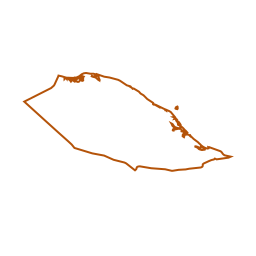 an SVG outline of Suðurland, rotated 204°
{"feature_id": "ISL-705", "entity_name": "Suðurland", "entity_type": "Region", "adm_level": 1, "iso_a3": "ISL", "parent_name": "Iceland", "parent_adm1": "", "projection": "natural_earth1", "projection_center": [-19.582, 64.139], "detail": "fine", "context": "isolated", "style": "outline", "palette": "amber", "viewbox_px": 256, "rotation_deg": 204, "n_neighbors": 0, "source": "natural_earth", "source_scale": "10m", "svg_char_len": 4358}
<svg xmlns="http://www.w3.org/2000/svg" viewBox="0 0 256 256"><g transform="rotate(204 128 128)"><path d="M212.8,147.6L209.4,148.3L205.5,148.8L206.0,148.4L206.2,148.0L206.2,147.4L205.9,146.8L205.6,147.6L205.2,148.1L204.6,148.3L203.9,147.9L204.0,148.2L204.0,148.4L204.1,148.5L204.3,148.7L204.3,149.1L198.8,151.3L199.2,150.1L200.3,149.4L201.6,149.1L202.8,149.1L202.8,148.7L200.0,147.8L199.0,147.2L198.8,147.9L198.9,148.2L199.1,148.7L198.0,149.1L197.0,149.0L195.9,148.7L194.8,148.7L195.6,149.1L195.6,149.4L194.6,149.4L194.1,149.5L193.7,149.8L193.0,149.6L192.2,149.9L191.6,150.5L191.4,151.1L191.1,152.0L190.6,152.7L189.8,152.9L189.1,152.4L188.5,152.8L188.3,153.3L188.5,153.7L189.2,153.9L189.8,153.7L190.6,153.2L191.2,153.1L194.5,153.3L195.7,153.1L193.9,155.1L192.8,155.7L191.7,155.3L191.8,155.2L192.0,155.0L190.3,155.0L190.3,155.5L189.1,155.4L188.5,155.7L189.0,155.7L189.4,155.9L189.6,156.2L189.4,156.9L192.5,156.7L193.1,156.4L192.1,158.3L190.6,160.0L188.7,161.2L184.4,162.3L181.7,163.5L179.1,163.9L177.7,162.8L178.2,162.4L179.4,162.1L179.8,161.8L180.4,161.2L180.9,161.0L182.2,160.9L182.2,160.5L181.1,160.5L178.8,160.9L177.7,160.9L174.8,159.9L173.9,159.8L174.2,160.2L173.9,160.3L173.6,160.5L174.0,160.9L174.9,161.8L175.2,162.0L175.6,162.3L175.8,163.1L176.0,163.9L176.1,164.2L177.9,164.3L178.9,164.3L179.6,164.4L170.6,165.2L165.4,166.6L156.6,168.0L154.4,167.9L146.4,166.5L143.0,167.0L141.7,166.8L142.2,166.8L142.4,166.7L142.6,166.5L141.1,166.3L140.4,166.1L139.7,165.7L138.9,166.4L133.2,165.7L132.7,165.6L130.5,164.6L127.1,164.2L122.2,162.3L115.4,161.2L114.1,160.5L114.7,160.5L115.0,160.3L114.9,160.0L114.4,159.8L113.9,159.8L113.2,160.1L112.7,160.2L108.6,159.8L108.8,160.0L113.0,160.5L101.9,160.1L101.2,159.4L101.0,159.5L100.9,159.6L100.6,159.8L100.4,159.5L100.0,159.4L100.3,160.2L97.1,160.2L95.5,160.0L89.2,156.9L88.5,156.4L89.1,156.8L89.8,156.9L90.5,156.8L91.1,156.4L90.6,156.4L89.6,156.1L89.1,156.1L89.3,155.2L88.6,155.7L87.9,155.9L87.2,155.8L86.3,155.3L86.3,155.0L87.7,155.3L87.1,154.5L86.4,154.0L85.5,153.6L84.8,153.1L84.1,152.2L83.8,151.6L83.3,151.2L82.2,151.3L82.2,151.6L83.7,152.8L84.5,153.7L85.1,154.6L82.3,153.1L81.1,152.2L80.3,150.9L80.8,150.5L80.5,150.2L80.0,149.4L81.1,148.6L82.5,148.2L85.3,147.9L86.6,148.3L88.9,149.7L90.3,149.8L89.6,149.3L88.6,148.3L88.0,147.9L84.8,146.8L86.1,145.5L86.3,145.0L86.2,144.2L85.7,144.0L85.3,144.2L85.5,144.6L85.4,145.0L84.9,145.5L83.1,146.8L81.9,147.6L81.1,148.1L80.1,148.3L79.8,148.5L79.7,149.0L79.8,149.6L79.7,150.2L79.4,150.7L79.1,150.8L77.3,150.2L75.4,149.3L74.0,148.9L71.1,147.6L73.8,147.6L74.3,147.7L75.3,148.2L75.9,148.3L76.0,148.0L76.6,147.9L78.0,147.9L78.0,147.6L76.8,147.6L76.8,147.2L77.0,147.2L77.3,147.2L77.4,146.8L74.4,147.3L73.4,147.2L73.4,146.8L74.8,145.8L75.2,144.1L74.7,142.7L73.1,142.4L73.1,142.8L74.3,143.0L74.1,143.8L73.3,144.7L71.8,145.9L70.8,146.3L69.6,146.5L68.5,146.1L68.9,147.0L69.1,147.2L67.4,146.1L63.6,144.7L58.3,143.5L56.5,142.8L55.5,142.5L54.5,142.1L53.6,141.2L53.9,140.8L53.8,140.3L53.4,139.0L56.7,139.1L58.5,138.9L59.7,138.3L56.5,138.3L54.6,137.6L53.8,137.6L51.7,137.9L51.2,138.1L50.8,138.4L49.5,139.2L49.1,139.4L49.1,139.8L51.2,140.3L52.2,140.8L52.8,141.6L51.9,141.4L50.0,141.2L48.1,141.3L46.9,141.6L46.2,142.2L46.8,143.1L46.6,143.1L46.4,143.2L46.3,143.4L46.2,143.5L33.9,144.4L32.4,143.9L31.0,143.0L29.7,142.5L28.3,142.4L22.5,143.6L23.4,142.6L24.1,141.8L34.3,135.4L35.9,135.4L36.2,135.3L36.3,135.3L36.6,134.4L36.8,134.1L37.8,133.4L38.8,132.6L40.6,130.7L44.2,126.6L44.6,126.0L44.9,125.2L44.4,123.9L44.3,123.5L44.3,123.1L44.4,122.8L45.0,122.0L45.5,121.5L55.5,115.7L58.5,113.6L64.7,110.4L69.6,107.2L70.6,106.7L77.3,105.4L90.4,100.7L101.6,97.8L102.8,97.1L103.4,96.6L103.6,96.4L103.8,96.1L103.9,95.6L103.9,95.0L103.7,94.2L103.8,93.8L103.8,93.5L104.4,92.2L115.1,94.9L116.1,95.0L117.3,95.0L128.2,93.1L138.6,93.1L150.3,90.3L168.8,88.0L172.7,90.0L176.8,91.4L188.7,95.2L209.8,102.1L233.5,109.9L214.5,133.2L213.0,136.5L212.8,137.6L212.7,147.0L212.8,147.6L212.8,147.6ZM92.3,165.4L92.5,165.6L92.7,166.2L92.4,166.8L92.0,167.3L91.6,167.7L91.3,167.5L91.1,167.0L90.8,166.6L90.5,165.9L90.6,165.3L91.4,165.1L92.4,165.0L92.5,165.1L92.3,165.4ZM197.6,150.6L197.9,150.9L197.9,151.4L197.7,152.0L197.0,152.6L196.7,152.6L197.0,152.4L197.2,152.1L197.2,151.8L196.8,151.6L196.4,151.7L194.5,152.0L194.7,151.6L195.9,150.9L196.6,150.6L196.9,150.5L197.6,150.6Z" fill="none" stroke="#b45309" stroke-width="2"/></g></svg>